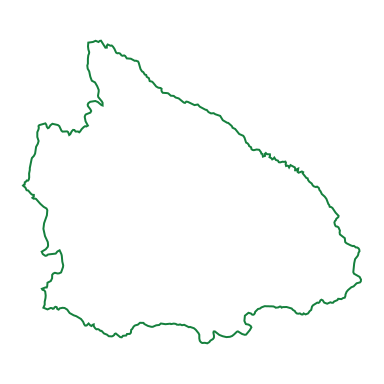 Prata, Minas Gerais, Brazil (Equal Earth projection)
{"feature_id": "56859067B48710486715982", "entity_name": "Prata", "entity_type": "district", "adm_level": 2, "iso_a3": "BRA", "parent_name": "Brazil", "parent_adm1": "Minas Gerais", "projection": "equal_earth", "projection_center": [-48.964, -19.276], "detail": "fine", "context": "isolated", "style": "outline", "palette": "green", "viewbox_px": 384, "rotation_deg": 0, "n_neighbors": 0, "source": "geoboundaries", "source_scale": "gbopen_adm2", "svg_char_len": 5879}
<svg xmlns="http://www.w3.org/2000/svg" viewBox="0 0 384 384"><path d="M43.4,307.7L47.5,309.4L50.6,308.0L51.9,308.1L52.7,308.8L53.7,308.6L54.6,307.3L55.5,306.8L56.6,307.1L57.4,309.1L58.6,309.6L59.6,308.4L62.6,307.8L64.6,308.0L67.2,309.6L69.6,313.0L73.7,315.3L76.3,316.2L81.0,319.0L83.1,321.7L84.2,324.4L85.2,325.6L86.6,325.5L88.6,323.5L90.4,325.5L91.5,326.0L92.5,324.9L93.7,324.4L93.8,326.3L95.2,328.3L96.4,329.3L97.9,329.1L99.3,329.8L100.4,330.9L101.6,330.9L104.0,333.5L106.9,334.6L108.8,336.2L111.9,336.4L113.2,335.8L114.2,335.0L114.7,333.9L115.8,333.5L120.2,337.1L121.7,337.3L123.0,335.8L126.2,335.5L127.0,334.0L129.8,333.9L130.9,332.7L131.2,329.8L132.2,329.0L133.7,326.5L135.1,325.4L137.8,324.7L140.0,322.8L143.5,322.9L144.3,324.0L147.9,325.9L151.3,326.8L152.8,326.8L156.2,325.3L159.1,325.0L160.9,323.5L165.5,324.2L170.1,323.7L171.0,324.1L173.8,323.6L175.8,323.9L176.7,324.6L178.9,324.8L180.0,324.4L182.0,325.2L184.2,324.8L188.9,327.2L190.0,326.9L193.9,328.2L195.8,329.8L198.6,333.3L199.3,334.8L199.3,338.4L199.8,340.8L200.9,342.2L202.2,343.0L204.8,342.8L207.3,343.3L209.3,342.1L210.4,340.6L212.9,339.1L213.9,337.7L214.0,335.9L213.4,332.6L213.7,331.5L214.8,331.4L219.3,334.9L222.6,336.2L226.4,337.1L229.9,336.8L232.1,336.0L234.1,334.4L236.9,331.7L237.9,331.4L242.1,334.0L244.8,334.8L246.1,334.6L249.9,330.0L251.4,327.3L250.7,326.0L248.6,324.6L245.9,324.1L245.2,322.8L244.4,320.9L244.9,315.7L248.5,312.8L251.0,313.5L252.1,314.6L253.1,314.8L254.0,314.4L254.8,313.3L255.2,311.8L258.0,309.0L260.1,308.5L261.4,307.4L264.6,306.2L273.2,306.4L274.6,306.9L275.7,307.7L278.3,307.4L279.7,306.6L280.7,306.6L281.6,307.6L282.8,307.1L286.6,307.0L291.7,308.5L292.8,309.8L294.9,311.1L295.6,312.4L296.9,313.5L298.5,313.7L299.9,313.4L301.4,314.4L302.7,314.5L303.6,313.4L305.6,314.4L308.1,313.4L309.6,311.2L311.2,309.9L312.0,306.6L313.0,305.3L317.3,302.6L318.5,302.9L319.4,302.3L320.5,300.3L321.4,299.7L322.7,300.3L324.2,302.6L327.2,303.7L330.3,302.3L331.9,302.8L333.1,302.7L334.1,301.5L337.4,300.1L338.2,298.8L341.4,299.1L343.2,298.0L344.7,297.7L345.4,296.0L345.5,294.5L346.6,291.8L348.1,290.0L351.4,287.2L353.6,286.4L356.6,283.3L360.0,282.4L360.8,281.4L361.0,279.6L359.6,276.9L354.0,273.7L353.3,272.1L354.2,263.3L355.1,259.1L357.6,256.0L358.2,254.7L358.5,252.8L359.5,251.2L359.2,249.4L358.4,248.2L357.0,247.4L356.0,247.5L353.9,245.9L352.8,246.1L350.8,245.4L346.4,243.2L345.2,242.0L344.8,238.2L339.9,234.4L339.6,232.4L339.9,230.6L338.5,227.4L337.4,226.6L336.2,226.5L335.4,225.8L334.8,224.4L334.4,222.5L334.9,221.1L335.8,220.2L336.3,218.8L338.3,217.1L338.6,215.9L335.6,212.7L332.4,207.9L331.0,207.0L329.7,206.8L329.2,205.0L328.4,204.1L326.4,198.9L324.7,196.6L321.8,194.0L320.5,191.2L319.6,190.3L318.7,187.8L317.0,186.6L316.0,187.1L313.7,186.3L312.7,185.3L311.7,183.5L309.2,181.6L308.1,180.0L307.6,178.3L306.4,178.0L302.7,173.4L303.2,172.2L301.9,171.5L298.6,172.7L297.7,172.0L298.2,168.6L297.1,169.1L296.5,170.4L295.1,170.3L295.2,168.7L294.8,167.4L290.5,165.1L289.1,167.5L288.3,166.0L287.2,165.6L286.1,166.0L285.6,164.2L286.0,162.8L285.4,161.6L284.0,161.9L282.6,161.7L280.1,162.4L278.8,162.2L277.9,160.6L275.9,160.0L274.3,157.6L273.4,158.7L272.2,159.4L271.5,158.3L269.5,157.2L270.0,155.9L269.9,154.3L266.9,154.2L265.8,153.0L264.8,153.9L265.0,155.9L262.9,156.6L262.4,154.0L261.3,153.6L261.1,152.4L259.2,149.8L256.6,149.5L253.8,150.2L252.4,149.9L251.4,149.0L251.1,147.3L249.1,146.0L248.7,144.7L247.5,143.3L246.1,142.6L244.5,137.7L243.3,135.8L239.2,134.0L235.2,129.0L232.5,127.7L232.1,126.5L231.3,125.6L228.2,122.9L227.2,122.8L222.8,120.2L220.2,115.9L215.2,114.2L213.7,113.2L211.0,113.4L208.5,112.1L206.7,109.9L205.6,109.8L199.8,106.7L197.8,104.5L194.5,105.1L187.9,101.9L186.3,101.6L185.0,102.9L183.7,102.5L178.7,98.4L175.6,97.5L173.7,95.9L170.8,95.7L168.3,93.4L167.1,93.1L162.8,92.8L161.8,91.6L161.4,90.1L161.6,88.8L160.6,88.0L158.3,87.7L156.2,86.5L152.8,82.3L151.9,81.6L149.7,81.1L148.9,78.2L146.7,76.8L146.2,75.0L144.7,74.5L143.3,72.1L142.0,71.4L140.5,69.0L138.7,62.7L138.1,61.5L136.0,60.7L134.7,60.8L130.8,58.7L126.8,58.4L125.2,56.0L124.1,55.4L122.7,55.8L121.5,55.4L120.1,53.6L118.8,53.1L117.3,53.3L116.1,52.6L114.4,48.8L113.0,46.7L111.7,45.5L110.4,45.7L107.7,44.5L106.8,45.7L106.8,47.6L105.4,47.7L101.0,40.7L99.8,40.9L98.5,42.0L95.6,40.8L92.9,42.0L88.3,42.6L88.0,46.5L88.4,49.6L89.2,52.1L89.0,53.7L88.3,55.3L87.9,58.7L87.9,63.6L87.3,65.6L87.7,68.7L89.2,71.4L90.3,76.7L91.8,80.7L95.0,82.4L97.2,86.2L98.7,89.9L98.7,91.6L98.0,95.7L98.3,97.1L101.9,101.5L102.6,102.8L102.6,105.5L101.5,105.1L97.8,102.0L95.3,101.0L90.2,101.8L88.3,103.2L87.7,104.6L87.9,106.0L90.5,109.5L91.2,111.0L90.4,112.6L85.9,114.4L85.2,115.3L84.7,116.9L85.6,121.4L87.9,125.6L86.3,126.5L85.1,126.2L83.8,127.0L81.6,129.2L80.1,131.5L79.2,132.3L78.1,131.5L75.5,131.5L74.4,130.0L73.1,129.9L71.7,131.4L70.2,134.3L69.2,135.0L68.1,132.1L67.1,131.4L62.5,131.6L61.4,130.6L59.3,126.1L57.8,125.0L52.4,123.8L50.4,125.3L48.9,127.7L47.9,128.2L46.8,126.8L46.3,124.7L45.4,123.4L39.3,125.1L38.5,126.1L38.8,127.8L38.5,129.4L37.3,132.2L37.3,137.0L38.6,141.0L37.8,143.8L36.1,146.8L35.1,153.6L33.9,155.9L32.0,157.9L31.6,159.1L29.8,168.0L29.8,170.0L29.1,173.4L29.2,177.4L28.8,179.6L27.9,180.7L26.7,180.5L26.0,181.6L24.8,182.3L24.7,184.5L23.8,184.7L23.0,185.6L25.4,187.6L26.6,190.2L28.2,190.5L31.0,193.8L32.4,194.8L33.8,194.9L33.8,196.5L32.4,197.8L33.6,198.7L35.0,198.6L36.0,198.9L40.3,203.8L43.6,206.8L46.5,208.5L47.3,210.2L46.9,215.3L44.1,223.2L43.4,228.8L45.0,236.1L47.8,242.1L48.1,245.3L47.8,246.8L45.7,249.3L41.7,251.7L42.8,254.1L45.3,255.8L46.7,255.6L47.6,254.7L48.7,254.4L55.7,253.6L57.4,251.5L59.6,250.3L61.4,254.2L61.8,255.9L62.3,261.6L63.2,265.3L63.0,267.1L61.1,272.4L59.2,273.3L57.7,273.5L54.9,272.8L53.3,273.5L52.2,274.8L52.1,278.3L50.8,281.0L47.5,282.7L47.2,286.2L46.7,287.5L45.5,287.4L41.9,288.8L42.5,289.8L44.1,290.2L45.2,291.6L45.7,295.5L45.5,298.0L44.7,301.8L44.7,304.7L43.4,307.7Z" fill="none" stroke="#15803d" stroke-width="2"/></svg>